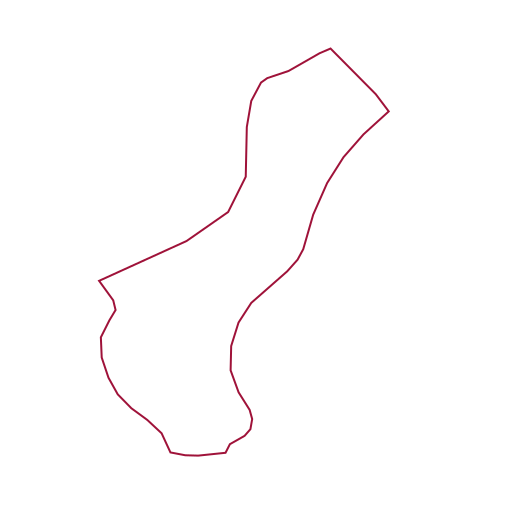 the border of Mountain Province, rotated 315°
{"feature_id": "PHL-2552", "entity_name": "Mountain Province", "entity_type": "Province", "adm_level": 1, "iso_a3": "PHL", "parent_name": "Philippines", "parent_adm1": "", "projection": "orthographic", "projection_center": [121.106, 17.071], "detail": "fine", "context": "isolated", "style": "outline", "palette": "rose", "viewbox_px": 512, "rotation_deg": 315, "n_neighbors": 0, "source": "natural_earth", "source_scale": "10m", "svg_char_len": 695}
<svg xmlns="http://www.w3.org/2000/svg" viewBox="0 0 512 512"><g transform="rotate(315 256 256)"><path d="M455.4,162.0L455.1,226.3L452.1,247.6L418.1,246.0L387.8,248.0L357.9,254.7L325.7,267.2L294.2,284.6L282.8,288.0L267.3,288.9L219.5,285.8L196.6,290.7L174.8,302.1L157.2,318.9L147.3,340.1L142.7,360.3L138.0,368.6L129.6,374.5L120.8,375.1L104.5,370.6L95.3,373.6L74.0,356.3L65.1,346.9L56.6,334.4L63.9,314.6L63.2,295.0L60.2,275.5L60.4,256.1L65.6,237.8L75.1,218.7L88.8,203.8L106.9,197.8L118.5,194.9L123.7,186.4L127.5,162.6L217.5,196.3L267.4,205.2L304.8,192.7L340.7,158.3L362.3,143.0L382.2,136.9L389.8,138.2L409.9,148.2L444.4,157.6L455.4,162.0Z" fill="none" stroke="#9f1239" stroke-width="2"/></g></svg>